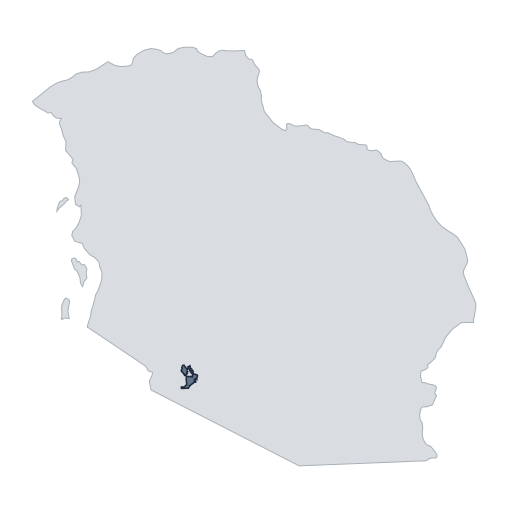 location of Arusha, Arusha, United Republic of Tanzania, rotated 178°
{"feature_id": "72390352B32479700182608", "entity_name": "Arusha", "entity_type": "district", "adm_level": 2, "iso_a3": "TZA", "parent_name": "United Republic of Tanzania", "parent_adm1": "Arusha", "projection": "orthographic", "projection_center": [36.712, -3.359], "detail": "fine", "context": "in_parent", "style": "filled", "palette": "slate", "viewbox_px": 512, "rotation_deg": 178, "n_neighbors": 0, "source": "geoboundaries", "source_scale": "gbopen_adm2", "svg_char_len": 7921}
<svg xmlns="http://www.w3.org/2000/svg" viewBox="0 0 512 512"><g transform="rotate(178 256 256)"><path d="M180.4,376.9L174.0,373.6L168.2,371.5L163.5,369.3L161.4,367.1L156.9,366.3L153.1,365.9L149.5,363.9L142.2,363.1L141.4,361.8L141.2,358.8L140.0,358.0L137.3,357.2L134.4,357.3L132.7,357.7L131.7,357.5L129.3,355.7L127.1,353.4L126.2,349.8L122.8,347.5L118.9,345.7L108.3,345.9L106.6,345.4L104.0,343.6L101.0,340.5L98.6,337.1L96.4,332.4L94.1,326.0L81.5,300.7L80.2,295.9L77.7,290.6L73.7,284.1L69.5,279.3L63.8,274.9L57.4,270.5L53.9,267.6L47.1,255.7L45.7,250.1L44.6,244.3L45.0,241.9L49.0,234.4L49.4,232.3L48.9,229.5L46.8,223.5L44.1,216.3L38.7,203.2L38.0,199.8L38.0,197.3L40.9,183.9L40.9,182.0L53.2,182.2L62.1,176.3L69.9,167.4L71.4,163.8L74.6,158.1L77.7,155.3L78.9,153.4L80.6,147.7L84.7,143.9L88.7,141.0L87.9,138.9L88.5,138.1L90.6,136.6L94.9,135.2L95.7,132.3L95.7,129.0L95.0,127.1L95.1,125.0L94.4,123.8L91.6,123.5L87.5,121.9L84.0,121.2L81.7,120.2L80.8,119.5L80.4,117.5L82.3,112.4L80.4,110.3L84.6,101.7L85.4,100.7L87.0,100.6L89.5,99.6L91.7,99.2L93.6,99.5L95.0,99.2L96.2,98.2L97.2,95.3L98.1,90.5L97.6,86.6L95.8,83.5L95.3,78.9L96.1,72.7L95.5,67.6L93.5,63.4L91.4,61.0L88.3,59.9L83.5,53.6L82.0,50.6L82.2,48.7L83.9,47.8L87.0,48.1L89.9,47.4L92.6,45.6L95.3,45.1L96.7,45.4L220.3,44.8L365.1,125.5L365.7,126.4L366.8,133.4L366.5,135.8L364.3,139.8L363.7,141.9L363.6,143.3L364.2,143.9L366.1,144.1L367.7,145.1L368.3,145.8L369.5,148.8L371.1,150.4L425.9,190.1L427.1,190.7L426.3,194.0L423.2,202.1L423.0,205.4L421.8,209.4L420.6,212.0L417.4,223.3L414.8,227.6L411.1,237.5L410.5,245.1L412.5,250.4L413.2,255.4L417.4,260.3L420.8,262.1L423.0,264.3L427.1,269.4L429.3,274.6L436.6,277.1L439.4,282.9L438.4,286.8L435.0,290.1L431.8,295.4L429.2,302.3L429.1,312.9L430.8,311.3L434.6,314.0L435.1,321.8L431.1,330.9L429.8,335.1L429.6,338.8L432.4,349.7L436.7,355.3L436.4,357.0L435.2,358.5L442.6,368.3L441.9,376.8L444.6,383.5L445.8,389.3L447.5,393.7L447.9,396.7L445.6,400.1L450.9,400.9L454.1,403.7L455.5,406.4L459.4,406.3L461.5,408.1L464.5,409.6L471.2,414.0L473.0,416.3L474.0,418.4L455.5,432.3L448.8,435.9L444.0,437.5L438.9,438.4L434.1,440.6L429.5,444.1L423.6,445.8L416.5,445.8L409.0,448.2L397.2,455.4L390.4,451.4L385.1,450.1L378.9,450.2L375.1,450.7L373.8,451.6L372.6,454.0L371.6,458.0L367.5,461.9L360.4,465.6L353.8,467.0L347.9,466.0L343.8,464.5L341.7,462.3L338.6,461.3L334.5,461.5L330.5,463.0L326.8,465.9L320.8,467.2L312.5,466.8L308.1,465.4L307.5,463.0L303.9,460.2L297.2,456.9L292.4,456.9L289.2,460.0L286.4,461.9L283.8,462.7L281.5,462.8L278.1,462.0L269.0,461.7L260.4,461.8L259.5,457.3L257.7,454.6L256.1,453.0L253.1,452.6L252.3,451.3L251.3,448.5L249.8,446.2L247.8,444.2L246.6,442.4L246.2,440.7L246.5,438.8L248.3,434.2L248.8,431.1L248.6,427.8L247.6,424.5L245.5,420.6L245.8,419.5L245.0,416.8L245.0,414.9L245.3,412.5L244.9,409.4L243.1,402.9L243.1,401.2L241.2,398.0L235.4,390.4L235.1,389.5L226.0,381.9L222.4,380.2L221.1,381.6L220.6,383.0L221.0,385.4L220.8,386.6L220.4,387.2L218.3,387.1L216.9,386.8L213.5,384.8L210.8,384.3L204.2,384.7L201.8,385.2L200.0,384.7L196.5,381.2L192.4,380.5L188.7,380.3L182.5,376.4L180.4,376.9ZM437.7,249.3L440.7,257.7L440.3,259.3L438.1,260.3L437.0,260.3L435.7,259.0L434.8,256.1L433.2,256.8L430.5,253.4L427.7,253.2L425.4,249.2L426.3,245.7L425.8,239.7L428.7,236.6L430.4,231.4L432.3,235.0L432.7,240.5L435.2,247.0L437.7,249.3ZM452.4,199.2L452.7,201.2L452.0,203.1L452.1,209.1L451.9,213.0L449.6,218.5L447.8,220.5L446.1,219.9L444.8,219.0L443.8,217.5L445.9,207.4L444.9,200.0L449.1,200.8L452.4,199.2ZM445.7,320.5L443.5,321.0L442.7,320.5L441.4,318.8L443.7,317.4L445.9,314.7L451.0,310.7L453.4,307.6L453.0,310.7L450.1,317.5L447.7,317.9L445.7,320.5Z" fill="#d9dde1" stroke="#a8b0b8" stroke-width="1"/><path d="M321.5,135.0L321.3,135.0L321.2,134.9L320.6,134.9L320.1,134.9L319.9,134.9L319.5,134.7L319.6,135.2L319.9,135.7L320.1,135.8L319.4,136.0L319.2,136.2L319.1,136.3L319.1,136.5L319.1,136.9L319.1,137.0L318.9,137.4L318.9,137.6L318.8,137.8L318.8,138.0L318.7,138.2L318.7,138.6L318.7,139.0L318.8,139.1L319.0,139.2L319.4,139.2L319.5,139.3L319.8,139.4L320.0,139.4L320.2,139.5L320.3,139.6L320.5,139.6L320.7,139.8L321.1,140.0L321.6,140.2L321.9,140.3L322.1,140.4L322.3,140.4L322.4,140.5L322.5,140.5L322.9,140.6L323.2,140.8L323.3,141.0L323.3,141.3L323.2,141.4L323.1,141.7L322.9,142.3L322.7,142.7L322.7,142.8L323.1,143.5L323.3,143.6L323.4,143.8L323.6,144.1L323.8,144.3L324.0,144.4L324.0,144.5L324.0,145.0L324.2,145.3L324.5,145.5L325.0,145.8L325.3,145.8L325.4,146.2L325.4,146.3L325.5,147.4L325.5,147.6L325.7,148.0L325.7,148.3L325.8,148.7L326.0,148.6L326.2,148.4L326.3,148.3L326.3,148.2L326.4,147.9L326.6,147.8L326.8,147.7L326.9,147.8L327.2,147.8L327.3,147.9L327.5,147.9L327.9,147.7L327.4,147.2L327.4,146.9L327.9,146.5L328.1,146.2L328.3,145.9L328.4,145.5L328.2,145.5L327.8,145.4L327.7,145.5L327.3,145.6L327.1,145.6L326.8,145.6L326.7,145.6L326.4,145.2L326.3,144.9L326.0,144.3L326.0,144.1L325.9,144.0L326.0,143.9L325.9,143.8L325.9,143.7L326.0,143.7L325.9,142.9L325.0,143.0L325.0,142.9L325.0,142.6L325.1,142.4L325.0,142.2L325.0,141.9L324.9,141.9L324.9,141.7L324.8,141.3L324.6,141.1L324.3,141.0L323.9,140.8L323.7,140.9L323.7,141.0L323.5,140.8L323.5,140.5L323.6,140.2L323.5,139.9L323.4,139.6L323.4,139.4L323.3,139.5L323.2,139.2L323.3,139.0L323.5,139.1L323.4,138.5L323.9,137.8L324.0,137.7L324.1,137.4L324.1,137.1L324.3,137.2L324.8,137.6L325.2,137.8L325.3,137.9L325.2,138.0L325.3,138.0L325.5,138.0L325.8,137.9L325.9,137.7L326.1,137.7L326.2,137.8L326.3,137.8L326.5,137.8L326.8,137.9L327.5,137.8L327.8,137.9L328.0,138.0L328.7,138.0L328.8,138.0L329.0,138.0L329.3,138.2L329.5,138.3L329.8,138.3L329.8,138.1L329.9,137.8L329.9,137.7L329.9,137.2L330.0,136.9L330.0,136.6L329.9,136.6L329.9,136.3L329.9,136.1L329.9,135.9L329.9,135.7L330.1,135.3L330.1,135.1L330.1,134.7L330.0,134.4L330.0,134.1L330.0,133.9L330.0,133.7L329.9,133.0L329.9,132.4L329.9,131.6L329.8,131.3L329.7,131.1L329.7,130.7L329.6,130.3L329.6,130.0L329.7,129.9L329.8,129.7L330.1,129.5L330.4,129.4L330.5,129.4L331.1,128.8L331.5,128.3L331.7,128.1L332.1,127.9L332.5,127.6L332.8,127.6L333.6,127.6L333.8,127.6L334.4,127.7L334.6,127.8L334.8,127.8L335.0,127.8L335.2,127.7L335.2,127.4L335.2,127.2L335.2,126.9L335.2,126.7L335.2,126.3L333.7,126.2L333.2,126.2L332.9,126.2L332.4,126.3L332.1,126.2L331.2,126.2L330.6,126.2L329.8,126.3L329.7,126.3L329.3,126.2L328.8,126.2L328.7,126.2L328.2,126.2L328.1,126.3L328.0,126.6L327.8,126.9L327.7,127.0L327.5,127.4L327.1,127.9L327.1,128.0L327.0,128.3L327.0,128.7L326.7,128.8L326.4,128.8L326.2,128.8L325.9,128.9L325.8,129.1L325.7,129.3L325.2,129.8L324.8,130.1L324.3,130.3L323.9,130.6L323.5,130.8L323.1,131.0L323.0,131.4L322.9,131.5L322.7,131.6L322.7,131.9L322.1,131.9L322.0,132.0L321.8,132.0L321.3,132.0L320.6,132.1L320.6,132.6L320.5,132.9L320.6,133.0L320.9,133.4L321.1,133.5L321.7,133.5L321.9,133.5L322.0,133.6L321.8,133.9L321.7,134.1L321.7,134.4L321.7,134.7L321.6,134.8L321.5,135.0ZM334.1,146.8L333.9,146.5L333.6,146.1L333.7,145.9L334.0,145.5L334.2,145.3L334.3,145.0L334.4,144.9L334.4,144.5L334.4,144.4L334.5,144.4L334.7,144.1L334.6,143.9L334.5,143.4L334.4,143.1L334.0,142.8L333.9,142.7L333.9,142.8L333.9,142.7L333.7,142.6L333.4,142.5L333.3,142.4L333.3,142.2L333.0,141.6L332.9,141.4L332.7,141.3L332.5,141.1L332.3,141.0L332.2,140.5L331.9,140.4L332.0,140.3L331.8,140.2L331.7,140.1L331.7,139.9L331.5,139.7L331.4,139.4L331.5,139.1L331.4,139.1L331.2,139.1L330.8,139.1L330.6,139.1L330.4,139.2L330.3,139.3L330.2,139.3L330.1,139.5L329.9,139.7L329.9,139.9L329.9,140.0L329.5,140.4L329.3,140.5L329.3,140.9L329.0,140.9L328.8,140.8L328.6,141.1L328.8,141.4L328.7,141.5L328.6,141.8L328.6,142.0L328.6,142.4L328.6,142.5L328.8,142.6L328.7,142.7L328.8,142.7L328.8,142.8L329.0,142.9L329.0,143.1L328.8,143.6L328.7,144.6L328.6,144.9L328.4,145.3L328.4,145.5L329.0,145.7L329.6,146.3L330.2,147.1L330.5,147.3L330.6,147.6L331.1,148.1L331.6,148.9L331.7,149.1L331.8,149.5L332.3,149.4L333.2,149.2L333.3,148.8L333.5,148.3L333.9,147.6L334.0,147.2L334.1,146.9L334.1,146.8Z" fill="#64748b" stroke="#1e293b" stroke-width="1.5"/></g></svg>